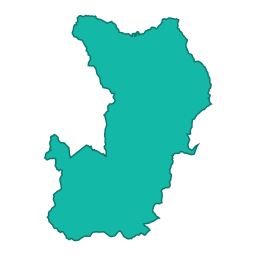 Na Hang, Tuyên Quang, Vietnam
{"feature_id": "81297802B32233799995516", "entity_name": "Na Hang", "entity_type": "district", "adm_level": 2, "iso_a3": "VNM", "parent_name": "Vietnam", "parent_adm1": "Tuyên Quang", "projection": "natural_earth1", "projection_center": [105.425, 22.448], "detail": "fine", "context": "isolated", "style": "filled", "palette": "teal", "viewbox_px": 256, "rotation_deg": 0, "n_neighbors": 0, "source": "geoboundaries", "source_scale": "gbopen_adm2", "svg_char_len": 5742}
<svg xmlns="http://www.w3.org/2000/svg" viewBox="0 0 256 256"><path d="M209.6,104.8L211.3,104.0L210.5,103.5L209.4,101.7L209.3,100.4L209.3,98.7L209.0,98.2L208.6,98.2L209.6,97.0L210.2,95.7L209.9,95.1L208.2,93.5L208.0,92.9L209.0,91.0L209.1,89.5L209.4,88.8L210.5,88.1L211.1,84.4L210.4,83.8L209.8,82.6L209.9,80.7L209.7,78.6L209.4,77.7L208.1,75.4L207.7,72.3L206.5,71.1L205.9,69.0L205.2,67.9L204.9,67.0L203.7,66.4L202.4,64.3L201.3,63.1L199.2,61.6L198.2,61.2L195.3,61.8L194.1,61.5L194.2,60.0L193.8,58.8L192.9,57.6L191.9,55.1L191.4,54.5L189.2,53.8L188.5,53.2L188.2,51.7L187.2,50.2L187.0,49.0L185.8,46.0L186.0,43.8L187.3,40.6L187.1,39.6L185.7,38.5L184.0,36.2L182.8,35.1L181.8,32.7L179.8,30.9L178.9,28.8L177.3,28.0L177.9,26.3L177.6,22.8L178.7,20.8L178.6,19.8L177.5,19.7L176.3,18.8L175.6,19.2L175.0,19.2L170.0,18.0L168.7,18.1L167.2,19.1L166.3,19.3L164.1,18.8L162.5,19.4L161.8,22.4L160.6,24.6L159.3,25.3L156.8,28.6L156.2,28.9L154.8,27.7L153.5,27.3L152.3,27.5L151.7,27.3L150.6,28.7L150.5,29.6L149.5,29.5L148.4,29.8L146.1,30.9L145.4,31.4L144.4,33.0L143.4,33.9L142.6,33.7L141.5,34.4L140.1,34.3L139.1,34.9L138.8,34.8L139.3,33.9L139.4,33.4L139.2,33.2L138.3,33.5L138.1,33.3L137.9,32.9L138.4,32.0L138.2,31.8L137.0,31.9L136.2,33.7L136.7,34.9L135.6,35.3L135.2,36.2L135.0,36.4L134.7,36.4L134.7,35.1L135.0,33.4L132.8,33.7L132.2,34.0L132.2,34.9L132.7,36.2L132.4,36.6L130.8,35.6L128.6,33.8L124.8,34.1L123.0,33.0L119.0,32.2L118.7,30.0L116.9,28.1L115.7,25.0L114.6,23.8L112.7,22.8L111.7,21.5L106.8,23.2L105.7,22.2L100.3,19.4L98.3,19.2L97.8,18.8L96.2,18.3L95.9,16.8L95.4,16.2L94.3,16.5L91.5,16.0L90.6,16.3L88.2,15.7L87.1,16.1L86.1,15.4L83.6,16.5L82.6,16.6L82.0,16.5L81.0,15.7L79.4,15.9L78.6,16.8L77.4,17.6L77.4,18.5L77.7,19.0L77.6,21.9L76.1,22.8L76.6,24.3L76.4,24.8L74.7,24.9L74.3,25.4L73.5,27.8L73.5,29.3L72.3,32.9L72.3,33.6L73.2,34.8L74.1,36.7L76.2,37.0L78.5,39.3L80.3,39.8L81.3,39.9L82.2,40.4L83.0,41.5L85.3,46.0L86.7,47.7L86.8,48.8L86.3,50.0L86.3,50.6L88.0,52.5L88.3,54.9L89.7,55.4L90.0,55.8L90.2,56.4L90.0,57.4L90.7,58.2L90.0,60.4L88.5,62.9L88.3,65.6L91.2,65.9L92.8,65.8L93.3,65.8L94.2,66.5L95.9,68.9L97.1,74.1L99.7,77.5L100.0,78.4L100.4,82.0L100.9,83.7L102.3,85.4L103.2,87.6L107.0,88.2L108.9,89.0L109.7,89.8L110.5,91.6L111.8,93.4L112.7,93.6L114.5,93.3L114.5,94.7L113.4,96.2L113.3,97.3L113.4,97.9L114.9,99.6L115.1,100.7L114.7,101.9L113.4,103.2L111.5,104.1L109.9,103.9L108.2,105.9L107.9,106.6L107.8,107.5L108.2,110.9L106.8,111.7L106.1,112.6L105.3,114.1L104.2,114.7L104.0,115.1L104.8,116.0L106.2,120.9L106.2,122.1L106.8,123.8L106.3,126.9L105.3,129.0L105.1,131.9L104.7,134.3L104.7,136.2L105.3,137.7L105.1,142.3L105.7,144.6L105.4,145.2L104.4,146.2L104.2,146.8L104.6,148.5L105.6,149.6L106.3,151.5L106.0,156.4L105.5,156.4L104.8,155.9L104.4,154.7L103.6,154.4L103.2,153.8L101.9,154.4L99.5,152.5L96.4,150.6L94.7,150.5L94.5,149.7L93.8,149.8L92.9,150.4L91.7,148.7L91.5,148.2L91.5,147.1L91.1,146.2L90.6,146.2L89.7,147.2L88.2,145.8L86.4,145.2L70.5,157.7L69.7,155.2L69.2,152.2L69.2,150.1L68.8,149.4L69.0,147.9L68.5,147.4L67.1,146.1L64.2,142.9L61.0,142.8L59.6,141.7L58.3,140.1L58.0,137.5L56.1,135.5L55.0,135.0L54.4,134.5L53.2,135.4L52.8,136.0L51.6,136.1L50.7,136.8L50.6,137.8L51.3,139.7L49.9,141.9L50.0,144.5L50.5,146.4L50.4,147.6L49.8,148.8L49.9,149.3L51.0,150.0L50.9,150.3L49.3,150.8L48.7,151.8L46.8,152.6L46.2,153.2L45.5,155.0L45.4,156.9L44.7,157.9L47.1,159.9L50.2,158.5L55.3,158.5L55.7,159.2L55.8,163.4L55.2,165.7L56.4,167.8L56.9,169.2L57.3,169.6L58.4,169.9L58.9,170.7L60.2,169.7L61.1,169.8L62.2,170.5L61.6,173.2L62.1,174.7L60.3,177.9L60.0,178.9L60.0,180.6L61.4,186.7L61.3,188.2L61.0,189.1L60.5,189.7L57.2,191.5L53.6,194.7L54.0,196.3L53.5,198.8L53.5,199.7L55.0,203.8L55.3,205.4L54.0,206.8L51.8,208.3L51.1,210.0L48.7,212.2L48.5,214.4L48.8,215.4L47.4,217.2L48.7,218.7L49.1,221.5L49.9,222.0L51.1,223.6L52.8,225.1L53.3,226.5L54.1,227.9L54.9,228.2L56.2,228.2L57.0,228.6L58.2,230.2L58.4,231.3L59.4,231.5L60.4,232.5L61.9,231.5L62.9,231.8L64.7,234.0L64.9,234.8L65.8,235.5L66.1,236.1L66.3,237.8L66.5,238.1L67.5,238.3L68.7,239.3L69.5,239.6L70.0,239.4L70.9,238.6L71.7,238.5L74.1,240.4L74.8,240.6L77.8,240.2L79.1,239.8L81.1,238.1L82.3,237.6L83.2,236.7L84.0,236.3L90.0,236.2L91.6,233.6L92.9,232.3L96.4,231.8L98.7,232.1L101.8,232.0L103.2,231.7L104.6,232.3L109.8,236.2L111.2,236.6L114.6,235.9L115.7,234.9L117.7,232.2L119.8,230.8L121.3,232.1L123.5,235.8L123.6,236.3L127.0,238.4L128.3,238.9L129.8,238.5L131.6,238.6L132.6,237.2L134.5,236.6L136.0,235.1L137.8,234.8L138.9,235.1L139.8,234.5L140.5,233.1L142.2,233.5L144.4,235.1L145.1,235.0L148.4,231.2L149.6,230.5L149.8,230.0L149.4,229.3L147.0,227.0L144.5,225.6L143.6,223.9L148.9,223.2L150.2,222.3L153.6,221.1L157.2,218.5L159.2,218.2L158.5,217.4L156.2,216.0L154.7,213.5L153.1,212.1L152.7,210.9L152.7,209.6L153.8,205.9L154.6,204.6L156.7,203.3L159.3,203.8L160.4,203.0L161.9,202.7L161.5,200.9L162.2,195.1L161.8,192.3L161.1,191.0L161.3,190.4L162.4,189.2L163.1,188.8L163.9,188.7L165.4,187.6L167.5,187.7L168.9,187.4L170.0,186.1L170.1,184.7L169.6,181.5L170.8,179.7L170.9,177.9L171.4,175.6L171.3,174.4L170.4,173.8L170.0,172.9L169.8,170.0L170.9,167.0L171.2,164.8L172.5,163.8L172.9,162.0L172.9,160.8L172.0,159.3L172.9,158.1L172.1,155.8L173.3,155.3L173.6,154.4L174.1,153.8L176.0,153.3L179.0,153.4L180.6,151.6L182.8,151.9L184.2,152.9L187.0,153.3L190.6,154.5L192.6,154.5L193.6,154.3L194.3,153.8L196.5,147.3L198.0,144.8L195.4,146.3L193.0,149.4L192.2,150.1L191.7,150.2L190.4,149.3L189.1,149.1L188.1,146.5L188.2,146.1L187.9,145.6L187.8,144.0L188.3,143.4L188.7,141.8L189.7,139.6L187.0,134.1L190.2,134.1L190.6,133.8L190.3,131.8L190.5,129.8L190.9,128.6L192.0,127.0L191.9,124.0L192.5,119.5L194.3,119.0L196.7,115.1L197.5,114.2L198.9,113.2L202.5,109.8L203.9,109.6L205.1,108.6L206.9,106.5L208.4,105.9L209.6,104.8Z" fill="#14b8a6" stroke="#0f766e" stroke-width="1.5"/></svg>